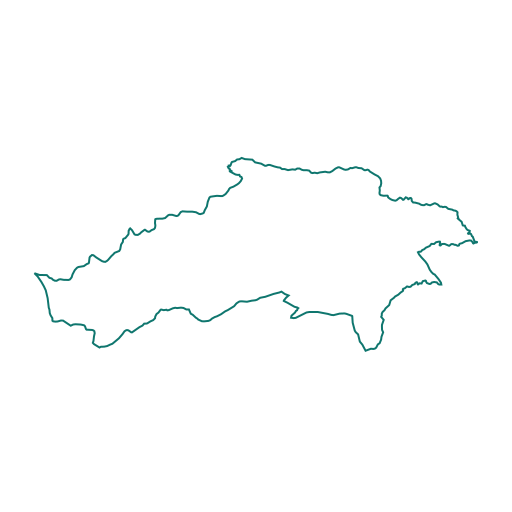 the district of Chinácota, Norte de Santander, Colombia, rotated 88°
{"feature_id": "7082276B37523182527057", "entity_name": "Chinácota", "entity_type": "district", "adm_level": 2, "iso_a3": "COL", "parent_name": "Colombia", "parent_adm1": "Norte de Santander", "projection": "albers", "projection_center": [-72.587, 7.578], "detail": "fine", "context": "isolated", "style": "outline", "palette": "teal", "viewbox_px": 512, "rotation_deg": 88, "n_neighbors": 0, "source": "geoboundaries", "source_scale": "gbopen_adm2", "svg_char_len": 6040}
<svg xmlns="http://www.w3.org/2000/svg" viewBox="0 0 512 512"><g transform="rotate(88 256 256)"><path d="M354.5,149.8L352.7,144.4L353.0,141.8L352.7,140.4L351.8,139.1L348.6,137.3L347.5,135.5L344.0,133.9L341.1,133.4L336.7,131.6L334.2,132.6L330.8,132.6L329.2,132.5L324.3,130.6L321.2,133.0L319.9,132.4L317.9,132.3L316.3,131.4L314.7,129.5L312.9,128.4L309.7,124.6L305.0,123.0L302.5,119.5L301.4,118.5L299.6,115.1L297.6,112.8L296.2,110.6L295.7,110.2L294.4,110.4L293.9,110.0L293.5,108.5L291.7,106.1L292.3,104.1L292.1,102.6L290.4,100.8L289.6,98.3L288.7,97.9L287.8,96.6L287.9,96.0L288.6,95.6L289.8,95.4L290.1,95.1L289.0,93.4L289.3,91.5L287.0,90.2L286.4,87.6L286.7,87.1L287.9,86.8L289.0,86.1L290.0,83.7L289.9,82.5L288.6,81.1L288.2,78.9L288.7,76.2L290.3,75.0L290.9,73.9L291.0,71.8L289.1,72.1L285.3,74.5L280.7,78.1L280.1,79.4L278.2,81.2L275.8,82.8L270.4,85.0L267.4,87.0L262.9,90.9L260.1,93.0L257.9,94.0L257.4,92.9L257.5,91.5L257.2,90.8L255.9,89.7L255.1,87.7L253.6,85.9L252.1,82.1L250.0,80.3L250.2,77.6L248.5,75.5L248.0,72.5L248.1,71.7L248.8,71.5L251.5,72.1L251.9,71.7L251.9,71.2L250.5,69.7L250.5,67.1L252.5,62.8L252.5,62.4L251.0,60.5L250.9,59.8L251.1,58.4L251.7,57.3L251.8,56.1L252.8,54.2L252.7,53.3L252.5,52.8L251.3,52.4L250.8,51.7L250.4,49.7L248.5,46.0L247.9,42.1L248.1,40.5L249.7,39.1L250.9,38.6L251.1,38.2L250.3,36.7L250.4,35.7L249.8,34.0L249.4,36.4L249.0,37.1L244.3,38.7L243.7,39.5L241.6,40.3L241.1,41.1L241.3,42.9L241.0,43.3L240.5,43.1L239.6,41.7L238.3,41.5L237.4,43.6L236.7,44.4L234.5,45.7L233.0,46.2L232.8,47.9L232.6,48.3L229.0,49.3L225.9,52.7L225.5,53.0L225.2,52.5L224.7,52.8L223.7,52.8L221.9,53.3L219.3,53.1L218.2,54.1L217.6,55.4L217.3,57.0L216.5,58.3L215.6,62.2L213.7,64.3L213.4,65.6L213.7,67.5L213.1,68.7L213.1,70.1L212.7,70.8L210.8,72.7L209.6,75.1L209.6,75.9L211.4,80.2L210.7,82.6L210.1,83.6L210.1,84.1L211.1,86.3L210.9,88.2L210.4,89.6L209.4,91.1L208.2,95.1L208.0,97.1L206.4,98.4L204.2,98.6L203.4,99.3L203.6,100.7L204.5,101.4L204.6,101.8L203.1,103.1L202.6,104.3L204.9,106.5L205.0,107.1L203.3,108.7L202.7,110.1L203.7,111.7L205.2,113.6L205.6,114.9L204.8,117.8L203.8,119.7L202.3,121.6L201.8,122.0L200.8,122.1L200.3,122.5L200.2,126.7L199.5,129.4L198.4,130.3L197.3,130.4L194.9,130.0L191.8,130.2L190.5,129.0L187.7,128.3L185.2,128.4L182.8,129.2L180.5,131.3L178.6,134.7L175.5,139.3L174.0,140.5L173.6,141.7L174.1,143.5L174.0,144.7L172.0,147.4L171.6,150.7L170.8,152.6L170.8,153.8L171.6,156.9L171.3,158.5L172.7,161.1L173.0,163.4L172.6,165.0L170.3,169.6L170.2,170.8L171.4,173.5L173.8,176.8L175.0,179.3L174.9,181.2L174.2,183.9L174.7,189.2L175.4,191.9L174.8,194.4L175.1,196.7L174.7,198.0L172.5,199.9L172.0,202.3L171.9,205.6L171.4,207.3L170.1,209.4L170.0,211.7L171.1,213.8L170.7,216.6L171.3,221.0L170.1,224.4L170.0,227.0L168.5,228.9L168.2,231.0L167.2,234.4L165.5,238.9L165.4,240.6L166.2,242.9L166.1,244.0L163.9,247.6L162.4,253.6L159.6,256.3L158.8,263.7L157.5,266.9L158.7,269.2L158.9,271.6L160.4,273.5L161.2,276.7L161.8,277.2L164.6,278.3L164.9,278.6L164.5,278.7L164.7,280.1L165.3,280.0L165.9,281.0L167.6,280.2L168.1,279.2L169.3,278.8L170.0,277.9L170.4,279.2L170.6,279.1L173.8,273.7L174.3,271.6L174.3,269.8L175.9,269.2L176.5,267.8L178.1,267.2L180.6,268.6L182.6,270.5L183.8,272.2L185.9,276.1L187.0,279.4L188.2,280.6L189.6,281.3L193.0,284.2L194.4,286.4L194.9,287.5L194.9,288.9L194.5,292.9L194.9,297.0L195.2,299.5L196.0,300.5L200.1,302.3L204.8,303.4L208.4,305.6L211.0,306.7L211.6,307.7L212.2,310.2L212.0,311.3L210.2,314.4L209.5,318.0L209.3,323.2L208.8,327.9L209.5,329.7L212.7,332.2L213.3,333.7L213.1,334.8L211.9,338.3L211.8,341.2L212.2,342.3L214.9,345.5L215.4,348.2L215.3,353.6L215.5,354.8L215.8,355.4L219.5,355.8L221.8,355.5L223.3,355.7L224.6,356.1L225.6,357.0L226.5,359.5L227.9,361.5L228.0,362.5L227.7,363.7L225.9,366.0L225.9,366.4L228.4,370.0L229.6,371.2L230.8,373.4L230.6,375.8L230.1,376.7L225.9,379.0L224.0,380.8L224.5,381.4L226.4,382.4L229.4,382.6L230.2,383.0L233.6,386.0L233.8,387.0L234.6,388.2L237.3,388.6L239.8,390.4L244.6,391.5L246.2,392.5L247.9,397.2L249.3,398.5L251.1,400.6L254.7,403.9L255.7,405.1L256.6,406.8L256.4,408.3L255.8,410.0L251.8,415.8L249.6,418.4L249.3,419.9L250.9,421.9L251.8,422.4L256.9,423.2L257.5,423.6L258.2,425.5L260.1,428.4L260.8,433.9L261.5,435.3L263.8,437.6L268.0,440.0L270.9,441.0L272.9,442.7L273.4,444.1L273.1,449.1L272.4,452.3L272.6,453.8L273.8,456.1L273.7,457.8L272.7,459.7L271.3,461.0L270.6,463.2L267.8,465.7L267.4,473.0L265.5,478.0L268.9,474.9L274.6,471.3L279.0,469.0L283.0,467.3L290.9,465.7L300.5,464.9L302.4,464.3L305.9,464.1L308.0,463.4L311.0,461.7L313.6,461.7L314.2,461.0L314.6,458.7L314.5,456.5L313.7,453.3L313.8,451.1L319.2,443.6L318.1,441.1L317.9,438.8L318.4,433.5L319.0,431.1L319.4,430.0L320.4,429.3L323.0,428.5L323.7,427.9L324.2,422.4L324.7,421.0L325.5,420.2L327.5,419.9L330.6,420.7L335.2,421.4L337.1,422.1L338.4,421.0L342.0,415.6L341.3,414.2L341.3,410.9L340.8,407.9L339.5,404.9L338.7,402.6L333.5,395.9L329.5,392.2L326.6,390.0L325.6,388.2L325.6,386.7L326.2,385.6L327.9,383.4L328.0,382.6L323.0,374.9L321.6,371.9L319.7,370.1L319.7,367.8L319.5,367.0L317.6,363.7L316.5,361.0L314.7,359.1L313.0,358.8L310.5,357.4L309.2,355.5L306.5,353.3L306.2,352.7L306.9,350.1L306.6,347.3L307.2,346.6L307.2,346.1L307.0,344.9L305.4,341.0L304.9,338.6L305.3,336.7L305.0,332.8L305.4,330.3L307.0,327.5L307.1,324.9L311.4,323.2L312.5,321.3L315.6,318.2L316.6,316.7L317.4,316.1L319.3,312.4L319.5,310.1L319.2,305.8L318.5,303.9L317.1,302.3L315.6,299.4L314.9,297.1L313.0,293.0L310.2,288.7L309.1,286.1L305.4,279.6L302.7,277.2L301.2,274.8L300.8,273.7L300.8,271.7L301.4,266.6L300.5,261.8L300.2,258.1L299.7,256.4L297.9,253.3L297.1,248.2L294.5,239.7L293.3,234.0L292.5,231.8L295.0,228.5L296.6,224.8L298.7,227.4L301.4,229.7L301.9,229.8L303.8,226.2L308.1,219.3L308.9,216.6L309.6,215.6L310.4,216.4L311.6,216.8L312.3,218.0L313.9,219.0L316.9,222.6L318.9,223.1L319.4,220.5L319.2,218.4L314.2,207.5L313.8,204.5L314.1,196.3L316.4,186.1L317.5,182.8L317.8,180.6L316.5,174.4L316.5,169.4L317.0,167.6L319.2,162.1L319.5,161.9L326.1,161.7L334.0,159.9L335.6,159.0L337.9,156.7L345.2,155.2L348.3,152.8L354.5,149.8Z" fill="none" stroke="#0f766e" stroke-width="2"/></g></svg>